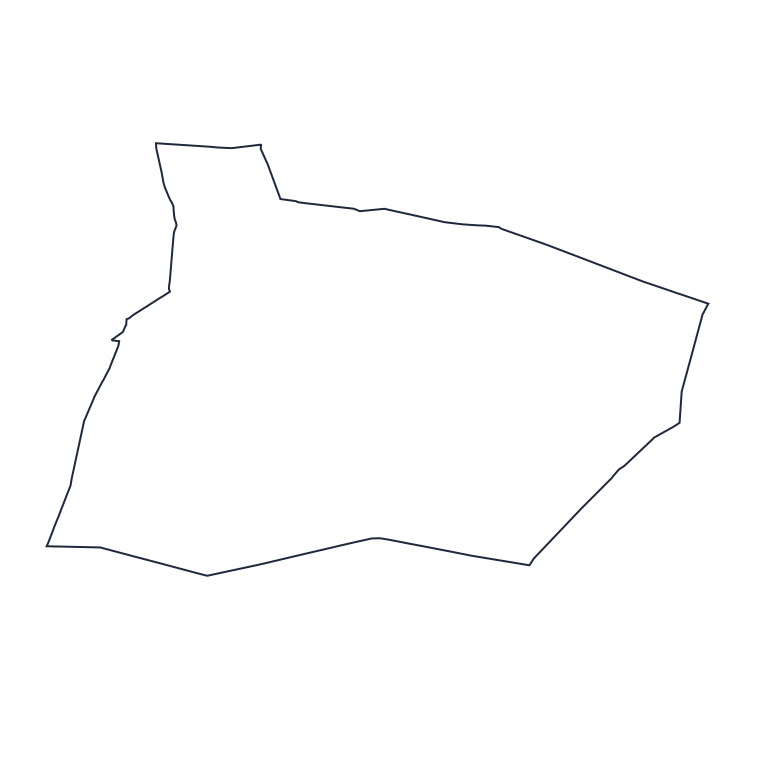 outline of Jaunjelgavas pag., Jaunjelgavas, Latvia, rotated 9°
{"feature_id": "27541924B6750181975211", "entity_name": "Jaunjelgavas pag.", "entity_type": "district", "adm_level": 2, "iso_a3": "LVA", "parent_name": "Latvia", "parent_adm1": "Jaunjelgavas", "projection": "orthographic", "projection_center": [25.067, 56.595], "detail": "fine", "context": "isolated", "style": "outline", "palette": "slate", "viewbox_px": 768, "rotation_deg": 9, "n_neighbors": 0, "source": "geoboundaries", "source_scale": "gbopen_adm2", "svg_char_len": 2105}
<svg xmlns="http://www.w3.org/2000/svg" viewBox="0 0 768 768"><g transform="rotate(9 384 384)"><path d="M691.8,254.0L691.4,253.9L667.6,249.8L667.0,249.7L665.3,249.4L664.7,249.3L662.1,248.9L659.5,248.5L651.8,247.1L623.9,242.3L623.1,242.1L622.4,242.0L606.7,238.7L546.0,225.9L522.1,220.9L477.5,212.7L475.5,212.3L472.9,211.1L459.6,211.7L452.2,212.6L441.4,213.6L436.9,214.0L418.6,214.7L404.4,213.8L357.0,210.9L333.1,217.1L326.9,215.6L320.4,215.9L278.4,217.7L270.8,217.9L268.4,217.2L252.8,217.5L234.7,185.1L226.6,172.8L225.4,170.8L225.1,167.0L224.5,167.0L196.6,174.9L182.9,176.4L174.9,176.9L122.9,181.7L121.1,181.9L122.3,187.1L131.5,210.4L134.5,219.2L136.8,224.1L141.3,231.4L142.7,233.7L144.2,235.8L146.0,238.0L148.0,240.9L148.5,242.5L148.9,244.7L150.6,251.3L151.7,254.4L153.3,257.1L154.3,259.9L153.1,265.7L152.9,266.3L152.9,269.2L153.9,283.6L156.3,315.2L156.4,320.3L156.4,322.1L156.8,323.8L158.1,326.3L157.1,327.2L150.4,333.2L149.6,333.7L149.4,333.9L140.3,342.0L127.3,353.5L124.8,355.8L121.9,359.0L119.6,360.3L120.1,365.6L120.2,366.2L119.7,366.7L118.0,373.4L108.4,382.8L109.0,383.4L114.9,383.2L115.7,383.1L115.7,387.2L115.6,388.4L111.4,406.8L110.4,411.9L108.8,416.2L106.1,424.4L105.6,425.3L102.7,433.9L100.4,440.6L93.6,467.6L90.3,526.8L90.3,530.1L90.3,533.3L88.3,542.2L86.4,551.1L84.4,560.2L83.6,564.3L80.7,576.5L80.2,579.3L77.2,593.4L76.2,597.0L77.8,596.8L87.6,595.5L94.7,594.5L111.0,592.3L127.3,590.1L129.0,589.8L158.9,592.9L188.8,595.9L202.3,597.3L215.8,598.7L222.2,599.4L230.3,600.2L238.5,601.0L239.8,600.9L263.9,591.6L288.0,582.3L297.9,578.3L328.8,565.6L359.8,553.0L363.0,551.7L366.3,550.3L369.1,549.2L382.5,543.8L396.0,538.5L403.8,537.0L407.9,537.0L412.0,537.0L422.1,537.3L432.2,537.7L446.9,538.1L461.6,538.6L479.0,539.2L497.1,539.9L526.5,540.1L556.0,540.3L559.4,532.7L559.7,532.3L570.1,517.2L581.6,500.5L597.5,477.4L597.9,476.8L623.9,440.9L624.4,439.7L629.5,431.5L634.2,427.3L658.1,396.2L658.8,395.0L664.8,390.2L670.8,385.5L676.8,380.8L682.0,376.1L679.2,344.8L681.7,322.1L682.3,316.4L682.4,315.8L687.8,265.1L688.3,264.1L691.5,254.5L691.8,254.0Z" fill="none" stroke="#1e293b" stroke-width="2"/></g></svg>